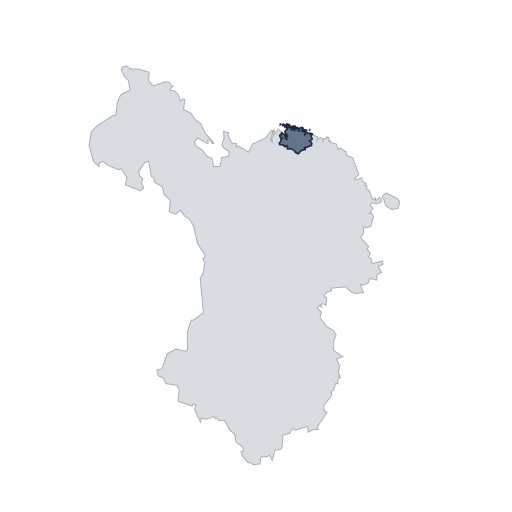 where Zhejiang sits in China, rotated 262°
{"feature_id": "CHN-1820", "entity_name": "Zhejiang", "entity_type": "Province", "adm_level": 1, "iso_a3": "CHN", "parent_name": "China", "parent_adm1": "", "projection": "natural_earth1", "projection_center": [120.785, 29.18], "detail": "fine", "context": "in_parent", "style": "filled", "palette": "slate", "viewbox_px": 512, "rotation_deg": 262, "n_neighbors": 0, "source": "natural_earth", "source_scale": "10m", "svg_char_len": 9509}
<svg xmlns="http://www.w3.org/2000/svg" viewBox="0 0 512 512"><g transform="rotate(262 256 256)"><path d="M278.6,377.7L269.3,373.7L268.6,369.2L270.3,366.8L263.6,365.6L259.6,362.0L249.8,368.9L247.6,366.8L242.9,369.7L239.3,367.1L236.7,370.3L233.7,369.3L232.3,371.3L233.5,380.7L230.0,380.4L229.0,375.6L222.2,378.0L220.7,373.3L215.4,372.2L218.0,365.3L213.5,363.3L212.4,357.2L213.6,355.3L204.4,357.1L205.6,354.4L204.5,350.9L206.8,345.6L213.0,340.4L213.7,325.7L211.2,325.9L210.0,320.8L207.1,317.7L204.6,320.1L197.3,318.5L199.6,315.4L198.7,313.0L196.5,314.1L198.2,311.3L196.1,309.6L191.3,313.1L186.0,310.7L175.9,316.6L171.4,322.4L166.4,324.3L161.6,321.3L151.9,319.5L144.2,327.9L142.8,321.2L135.5,323.6L128.5,321.1L126.9,322.6L125.1,321.0L124.0,322.8L122.0,319.6L118.1,319.3L118.5,316.9L112.2,314.2L111.5,311.5L107.8,311.8L97.9,302.0L93.5,301.9L91.1,304.5L78.2,292.8L75.6,293.6L76.1,288.0L74.2,283.2L80.0,283.3L78.1,270.4L80.1,267.9L75.7,264.9L74.9,257.8L62.4,255.0L60.9,252.9L61.1,247.8L51.6,243.6L57.0,241.5L55.8,239.6L56.4,232.8L49.6,231.0L49.6,223.9L51.6,222.7L52.9,218.8L59.2,215.0L64.3,213.8L64.7,216.5L69.1,216.2L74.0,210.4L82.3,210.0L87.1,205.9L97.8,201.8L98.1,196.5L100.9,194.7L100.1,193.3L102.9,192.3L101.3,184.4L103.0,179.2L99.2,177.8L111.9,173.9L117.1,175.7L118.1,173.2L116.3,171.8L123.2,158.5L134.3,161.4L139.1,159.5L142.1,149.1L148.0,147.3L150.9,142.6L157.0,142.0L157.3,147.1L171.5,154.4L175.0,163.7L171.5,172.4L172.6,175.1L189.9,177.3L201.5,182.9L201.1,184.9L207.1,196.0L241.3,197.6L245.6,200.8L255.8,204.3L261.2,203.2L261.1,205.0L264.3,205.6L276.7,199.7L294.0,198.4L301.3,195.6L305.5,190.8L311.8,187.7L308.5,182.1L312.0,176.3L323.1,178.9L329.8,173.5L337.2,172.9L343.2,166.0L348.3,165.4L349.0,163.5L365.0,162.8L364.0,158.8L356.1,151.8L351.3,151.8L348.5,154.6L344.7,152.8L339.0,154.3L336.7,150.6L344.5,136.6L352.1,139.1L361.2,134.6L360.6,131.8L366.4,121.9L370.8,117.9L370.2,114.0L366.3,112.8L372.3,108.2L388.8,106.1L401.8,110.2L406.4,115.7L414.9,133.4L414.8,136.7L427.5,140.2L434.5,144.5L437.9,154.3L447.5,154.1L451.7,150.8L459.1,148.6L461.6,149.6L462.4,154.1L458.8,157.5L457.3,166.3L452.8,175.7L444.4,174.0L438.8,178.1L441.1,190.5L440.0,194.5L435.7,196.0L436.5,197.6L432.1,193.7L430.9,198.3L425.8,201.8L419.9,202.3L421.7,205.5L420.8,207.3L411.1,204.6L406.3,211.5L398.9,215.2L394.7,219.8L385.0,222.6L373.6,230.0L373.2,228.4L377.1,226.8L378.1,224.4L374.4,224.4L374.3,223.0L381.0,214.9L378.1,210.9L373.6,211.5L368.9,217.2L361.5,221.3L358.7,226.1L350.5,226.5L349.6,232.6L358.4,235.9L358.4,241.9L360.7,243.6L364.0,243.4L367.4,239.0L370.8,237.6L376.9,240.8L383.9,241.3L381.7,246.2L378.9,245.1L371.2,247.9L370.0,252.2L366.9,251.6L367.6,253.5L359.8,263.2L367.4,268.1L371.5,282.0L378.4,288.5L377.9,290.2L369.2,286.7L365.8,288.2L370.5,287.8L378.4,295.7L371.8,301.4L368.6,301.5L366.8,302.7L374.3,302.2L380.2,305.9L376.1,309.2L379.4,309.2L379.0,312.3L375.7,312.3L377.3,313.8L375.9,316.5L376.9,319.5L373.6,319.2L370.7,321.9L365.7,333.7L362.5,332.4L364.6,336.3L361.6,338.7L359.3,338.1L362.7,339.1L362.7,344.4L359.5,343.9L360.3,345.8L358.1,346.0L355.8,351.0L349.9,352.3L351.4,354.2L346.5,359.9L343.2,359.4L340.0,365.4L322.3,369.1L318.8,364.1L317.4,365.7L318.9,371.6L315.6,371.7L311.9,375.4L310.3,373.7L309.9,375.7L307.3,374.8L304.8,377.3L296.2,379.2L294.2,382.6L296.8,386.2L295.5,388.1L292.2,387.5L290.7,382.8L292.7,378.0L290.1,376.2L287.1,378.4L282.3,374.3L282.4,376.7L278.6,377.7ZM297.7,389.5L300.3,393.6L293.3,404.0L289.2,405.9L283.4,403.2L283.2,396.6L287.6,391.7L297.7,389.5ZM378.6,292.0L376.2,291.5L374.0,289.3L375.8,289.7L378.6,292.0ZM381.6,304.2L379.8,304.7L379.4,303.6L381.6,304.2ZM364.2,342.7L363.3,344.1L363.4,342.3L364.2,342.7ZM295.2,382.1L296.9,381.4L296.8,382.4L295.2,382.1Z" fill="#d9dde1" stroke="#a8b0b8" stroke-width="1"/><path d="M374.5,298.9L374.0,299.1L373.4,299.7L372.9,299.8L372.4,300.2L372.0,300.8L372.1,301.2L371.8,301.4L371.9,301.6L371.7,301.7L371.3,302.2L371.0,302.3L370.7,301.7L370.4,301.4L368.9,301.4L368.5,301.5L368.1,302.5L367.3,302.3L366.5,303.1L367.4,302.4L367.9,302.8L368.2,302.7L368.7,301.7L369.9,301.6L370.1,301.7L370.4,302.7L370.7,302.8L369.9,303.8L370.3,304.1L370.9,304.1L371.1,304.3L371.0,304.1L370.3,304.0L370.0,303.7L370.8,302.9L371.8,303.4L372.5,303.0L373.6,302.0L374.3,301.8L375.2,302.0L375.6,302.3L376.1,302.9L377.2,304.7L377.7,305.0L377.9,305.0L379.0,305.5L379.1,305.8L380.5,305.6L380.5,305.8L380.4,305.9L379.5,306.3L378.9,306.9L378.7,306.9L378.6,307.3L378.0,307.8L377.4,308.6L376.6,308.7L376.3,309.0L376.1,308.7L375.7,308.9L375.7,309.2L375.6,309.4L375.7,309.8L375.8,309.8L375.9,309.3L376.1,309.3L376.0,309.5L375.9,309.9L376.0,310.1L376.3,309.8L376.6,309.3L377.1,309.2L377.6,308.8L377.7,309.0L377.9,308.9L377.9,309.1L378.0,309.4L378.3,309.2L378.5,308.8L378.3,308.7L377.8,308.7L378.2,308.3L379.0,307.9L379.4,308.3L379.4,308.5L379.2,308.7L379.2,308.8L379.4,309.6L379.3,309.9L379.1,309.7L379.1,309.8L379.0,310.4L379.1,310.6L378.9,310.8L379.2,311.1L379.4,311.0L379.5,311.2L379.3,311.3L379.2,311.7L378.5,312.0L378.1,312.0L378.2,310.8L378.5,310.7L378.4,310.5L378.1,310.6L378.2,310.2L377.9,310.3L378.0,311.2L377.7,311.8L377.1,311.8L377.1,311.5L377.2,310.8L376.9,310.8L377.0,311.8L376.6,310.8L376.6,311.0L376.2,311.0L376.3,311.2L376.1,311.9L375.9,311.7L375.8,312.0L375.4,312.0L375.8,312.3L375.4,312.5L376.9,312.4L376.9,312.9L376.3,312.9L376.3,313.2L376.5,313.0L377.1,313.0L377.4,313.3L377.2,313.5L377.4,313.8L377.6,313.8L377.4,314.1L376.7,313.7L376.6,314.0L376.2,313.8L376.0,314.0L376.6,314.4L376.9,314.3L377.0,314.5L376.9,314.8L377.3,314.9L377.0,315.1L376.9,315.5L376.1,316.0L375.0,315.9L374.2,315.4L374.1,315.1L373.5,314.7L373.7,315.0L374.0,315.1L374.2,315.5L374.7,315.8L374.6,316.0L374.4,316.2L375.5,316.0L376.1,316.4L376.7,317.7L376.2,317.8L376.8,317.9L376.7,318.2L377.0,318.7L377.0,319.0L376.9,319.6L376.7,319.8L376.7,319.4L376.1,319.1L375.6,319.4L375.4,319.4L375.3,319.6L375.5,319.8L375.1,320.1L375.0,320.4L375.2,320.5L374.9,320.7L374.4,320.1L374.1,319.9L374.3,319.7L374.2,319.4L374.0,319.1L374.4,318.9L374.1,318.9L373.7,318.7L373.5,319.4L373.0,319.5L373.0,319.3L372.7,319.4L372.9,319.6L373.4,319.6L373.4,320.0L373.1,320.6L372.6,321.1L372.5,321.8L372.3,322.1L371.3,322.1L370.6,321.7L369.7,321.6L369.5,321.0L369.4,321.0L369.6,321.2L369.6,321.8L370.2,321.8L370.8,322.2L371.4,322.4L371.6,323.0L371.2,323.4L370.6,324.4L370.4,324.5L369.9,324.0L370.2,324.5L370.2,324.9L370.2,325.2L369.7,325.7L369.8,326.2L370.2,326.3L370.2,326.6L370.0,326.8L369.9,327.3L369.3,327.1L369.3,327.5L369.0,327.6L369.3,327.8L369.3,328.1L369.1,328.3L369.1,328.9L368.8,329.0L368.7,328.7L368.4,328.7L368.4,328.8L368.3,328.0L367.9,327.4L367.6,327.3L367.1,327.0L366.5,327.2L365.8,327.7L365.3,327.5L364.9,327.8L363.8,327.9L363.2,327.0L363.2,326.2L362.9,325.6L362.7,325.4L362.8,325.0L362.6,324.8L362.3,324.8L362.1,324.9L361.6,326.1L361.0,326.2L360.1,327.0L359.4,326.9L359.1,326.6L357.6,326.4L357.5,326.1L357.8,325.9L357.5,324.8L357.5,324.4L357.2,323.6L357.1,322.8L356.5,322.2L356.6,321.1L356.8,320.8L356.7,320.4L356.9,320.0L356.5,319.2L356.1,319.5L355.7,319.6L355.5,319.4L355.1,319.6L354.9,319.7L354.4,319.5L354.6,319.1L354.6,318.0L354.4,317.7L354.5,317.5L354.2,316.8L354.3,316.0L354.1,315.8L353.9,315.1L353.4,314.8L353.2,314.2L352.9,314.0L352.9,313.8L351.8,313.0L351.4,312.4L351.3,312.2L351.7,311.6L351.7,311.0L352.2,310.9L352.5,310.6L352.6,310.2L352.6,309.9L353.5,309.6L353.6,309.2L354.1,309.5L355.3,308.0L355.9,307.8L356.5,307.1L356.5,306.3L357.2,305.8L357.3,305.4L357.7,305.0L357.5,303.9L357.6,303.6L357.4,303.5L357.8,302.9L357.6,302.3L357.6,302.0L358.1,301.8L358.8,302.1L359.9,302.1L360.1,302.3L360.7,301.7L361.2,301.7L361.0,301.3L360.7,300.4L360.3,300.4L360.1,300.0L360.3,299.9L360.4,299.6L360.7,299.5L361.0,299.0L361.4,299.3L361.6,299.3L361.9,298.2L362.2,298.0L362.5,297.5L362.9,295.1L363.1,294.9L363.8,294.7L364.1,294.9L364.9,294.8L365.0,294.9L365.1,295.5L366.4,296.7L367.0,296.9L368.0,296.8L368.1,297.2L368.6,297.1L368.9,298.3L369.7,297.5L370.4,297.2L370.4,296.8L370.3,296.6L370.4,296.4L372.3,296.1L372.5,296.9L372.4,297.1L372.5,297.4L372.4,297.7L372.8,297.9L373.0,297.6L373.5,298.0L374.2,298.2L374.5,298.9ZM381.9,304.6L381.7,305.4L381.2,305.0L380.3,304.7L379.7,304.8L379.7,304.5L379.4,304.3L379.3,303.6L380.3,303.6L381.4,304.2L381.6,304.2L381.9,304.6ZM374.3,320.8L374.6,321.1L374.5,321.3L374.2,321.2L374.2,321.4L373.6,321.6L373.6,321.4L373.4,320.8L373.7,320.7L374.2,320.1L374.4,320.3L374.3,320.8ZM381.3,302.1L381.0,302.3L381.0,302.7L380.5,302.6L380.1,302.3L381.1,301.8L381.3,302.1ZM380.3,306.6L380.9,307.6L380.7,307.8L380.8,307.6L380.5,307.7L380.2,307.2L379.9,307.3L379.8,307.1L380.1,306.7L380.3,306.6ZM379.3,312.4L379.1,312.9L378.8,312.8L378.9,312.6L378.7,312.1L379.1,312.0L379.3,312.1L379.3,312.4ZM378.7,304.2L379.0,304.6L378.8,305.0L378.6,305.0L378.4,304.8L378.4,304.4L378.5,304.1L378.7,304.2ZM382.5,305.2L382.3,306.0L382.4,306.3L382.1,306.0L382.2,305.7L381.9,305.4L381.9,305.2L382.5,305.2ZM382.4,300.9L382.6,301.3L382.0,301.1L381.6,301.2L381.5,300.9L381.5,300.7L381.9,300.9L382.2,300.7L382.2,300.9L382.4,300.9ZM381.8,306.3L381.8,306.7L381.4,306.5L381.2,306.2L381.5,306.1L381.8,306.3ZM382.3,302.6L381.7,302.8L381.9,302.5L382.5,302.5L382.3,302.6ZM378.1,312.1L378.7,312.4L378.5,312.6L378.1,312.3L378.1,312.1ZM372.9,322.4L373.0,322.1L373.5,322.3L373.3,322.5L372.9,322.4ZM383.3,298.6L383.3,298.8L382.6,298.8L382.6,298.4L382.9,298.7L383.3,298.6ZM373.8,323.2L373.8,323.6L373.2,323.6L373.3,323.3L373.8,323.2ZM379.4,305.3L379.5,305.6L379.2,305.6L379.2,305.4L379.4,305.3ZM373.1,326.5L373.3,326.7L373.0,326.7L373.0,326.8L372.9,326.6L373.1,326.5Z" fill="#64748b" stroke="#1e293b" stroke-width="1.5"/></g></svg>